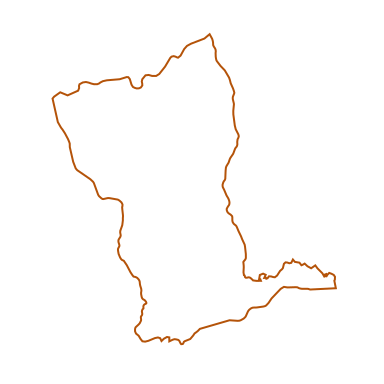 outline of Surin, rotated 159°
{"feature_id": "THA-443", "entity_name": "Surin", "entity_type": "Province", "adm_level": 1, "iso_a3": "THA", "parent_name": "Thailand", "parent_adm1": "", "projection": "natural_earth1", "projection_center": [103.631, 14.911], "detail": "fine", "context": "isolated", "style": "outline", "palette": "amber", "viewbox_px": 384, "rotation_deg": 159, "n_neighbors": 0, "source": "natural_earth", "source_scale": "10m", "svg_char_len": 4806}
<svg xmlns="http://www.w3.org/2000/svg" viewBox="0 0 384 384"><g transform="rotate(159 192 192)"><path d="M235.5,327.4L231.5,326.8L219.1,323.2L211.8,322.7L210.3,322.0L209.6,319.7L210.0,313.9L209.5,311.3L208.2,309.8L206.5,308.5L204.4,307.8L202.3,307.9L200.2,309.3L199.6,311.1L199.3,313.1L198.0,315.1L193.6,317.6L190.5,316.8L187.7,314.7L183.9,313.2L180.3,313.9L172.2,318.7L164.2,325.0L162.6,325.7L160.4,325.4L158.8,324.2L157.7,323.0L156.9,322.4L153.8,323.4L148.0,328.3L144.3,330.2L139.7,330.8L125.4,330.8L119.0,333.0L118.3,327.8L118.4,326.1L118.7,324.3L119.6,321.5L119.5,320.0L119.0,317.7L119.0,316.3L119.4,314.8L120.2,313.2L121.4,309.7L121.8,307.8L122.0,306.3L121.9,305.3L120.2,299.5L117.8,293.8L116.4,285.5L116.5,282.9L116.9,279.6L116.6,273.9L116.7,271.3L116.9,269.6L117.3,268.9L119.3,266.7L119.8,266.1L120.2,265.3L120.6,264.2L121.2,259.7L121.5,258.7L124.4,252.9L125.6,249.6L128.2,238.8L128.7,234.9L128.1,229.4L128.2,228.0L128.5,227.0L129.5,225.8L130.6,224.8L131.8,222.6L132.6,220.2L133.3,219.1L134.0,218.4L135.4,217.6L136.0,217.2L136.5,216.7L139.5,213.3L140.0,212.8L143.8,210.2L144.9,209.2L147.3,206.3L150.3,204.0L151.3,203.0L151.6,202.6L153.0,199.8L156.2,192.4L157.0,191.5L157.6,191.1L158.6,190.5L159.5,189.6L160.8,187.9L161.3,186.6L161.5,185.4L161.2,182.6L161.0,176.4L160.4,173.0L160.4,170.7L160.6,169.5L160.9,168.4L161.3,167.7L161.7,167.0L162.2,166.5L163.6,165.6L165.5,164.0L166.0,162.9L166.1,161.9L166.1,160.9L165.9,160.1L165.6,159.3L164.8,158.0L164.2,157.3L163.8,156.5L163.2,155.0L163.5,153.7L164.2,151.9L164.6,150.7L164.8,149.5L164.7,148.6L164.5,147.7L164.2,146.9L163.4,145.6L163.0,144.9L162.8,144.1L162.7,143.1L162.6,139.0L162.1,133.0L162.1,129.9L161.7,124.0L162.1,121.9L164.0,114.7L165.4,111.0L166.4,109.9L168.4,108.8L169.2,108.2L169.3,107.7L170.1,104.8L170.7,103.1L172.7,98.6L173.3,95.8L172.9,95.5L172.8,94.6L173.0,93.7L172.6,92.8L171.5,92.3L170.5,92.2L169.5,92.0L168.3,91.0L166.8,88.0L166.7,87.6L163.6,85.9L159.5,84.4L159.5,85.9L161.0,85.9L158.4,90.2L154.9,90.3L152.9,88.3L155.3,85.9L154.6,85.7L154.0,85.7L153.7,85.5L153.7,84.4L152.4,84.4L150.4,85.7L148.5,84.9L146.7,83.5L145.2,82.7L142.5,83.5L138.0,86.8L135.7,87.6L134.4,88.4L131.9,92.0L129.9,92.8L128.3,92.0L126.7,90.6L124.7,90.3L122.0,92.8L121.0,89.9L117.0,87.5L116.1,84.4L114.8,84.4L112.5,84.8L110.8,81.3L108.1,78.1L103.2,79.3L102.2,75.7L99.4,69.4L98.8,65.6L97.4,65.6L97.4,67.3L96.0,67.3L96.0,65.6L95.2,66.2L92.9,67.3L91.0,65.6L89.4,63.8L88.9,61.6L90.1,58.9L90.9,58.2L92.2,50.6L116.6,58.6L117.3,59.1L117.9,59.7L119.0,60.3L124.2,62.3L125.7,63.2L126.7,64.0L127.2,64.6L127.7,65.2L129.1,65.9L137.1,68.7L140.2,70.5L143.9,69.8L155.9,64.1L160.3,61.0L163.0,59.7L163.8,59.4L164.8,59.3L166.5,59.5L173.0,61.0L176.4,62.2L177.4,62.3L178.7,62.2L180.7,61.6L181.8,61.0L182.6,60.4L186.3,56.7L187.0,56.2L188.4,55.6L189.1,55.3L192.6,54.8L194.0,54.9L195.6,55.4L202.9,58.8L233.7,61.4L236.5,60.1L239.5,59.2L240.2,59.1L242.3,57.6L246.3,55.4L252.3,55.3L253.3,55.0L254.1,54.1L255.1,53.4L256.6,53.8L256.9,54.6L257.2,57.7L257.9,58.9L259.8,60.2L261.2,60.9L263.1,61.0L266.7,60.7L265.3,64.4L267.3,65.6L270.8,65.1L273.9,63.8L274.1,66.9L275.9,68.4L278.9,68.9L286.1,68.7L289.4,69.1L291.8,70.4L292.7,73.3L293.3,76.9L295.0,79.9L295.1,82.3L294.4,84.2L293.8,85.2L293.1,85.9L292.4,86.2L289.4,87.4L288.0,88.1L287.5,88.5L285.8,90.1L285.4,90.7L285.1,91.6L284.9,92.6L284.5,93.7L283.9,94.3L283.2,94.7L282.5,95.3L282.0,96.4L281.6,98.4L281.0,99.4L280.2,100.2L279.2,100.6L279.0,100.8L278.9,101.1L278.5,102.4L278.1,103.1L277.6,103.6L276.9,104.0L276.2,104.2L275.3,104.2L274.6,104.4L274.3,105.0L274.3,106.1L274.9,107.9L275.6,108.8L276.2,109.5L276.6,110.6L276.6,112.0L276.1,114.9L275.6,116.3L275.0,117.3L274.5,118.3L274.1,119.9L273.9,123.1L273.6,124.8L273.0,126.9L272.9,128.0L273.1,129.4L273.9,131.4L274.7,132.4L275.5,133.1L276.9,134.0L277.5,136.0L278.2,139.2L279.1,147.0L280.3,152.2L281.8,153.8L282.3,155.0L282.6,156.8L282.7,160.5L282.1,163.6L281.6,165.2L280.9,166.0L280.3,166.5L279.3,167.4L279.0,167.9L278.8,168.6L278.6,171.5L278.3,172.6L277.9,173.4L277.4,174.0L275.0,175.8L274.5,176.4L274.1,177.1L273.9,178.0L273.6,179.8L272.9,181.4L269.0,186.0L266.7,190.3L265.8,192.7L265.4,193.4L264.8,195.0L263.2,201.1L262.6,203.0L262.1,203.6L261.4,205.1L261.4,206.2L261.6,207.6L262.6,209.6L263.3,210.7L264.0,211.5L271.3,215.9L272.8,216.5L274.6,216.8L275.5,216.9L277.3,217.2L278.0,217.5L278.5,218.1L278.9,218.7L280.3,221.5L280.6,223.1L280.4,235.5L280.7,237.0L282.3,240.3L291.2,253.3L291.5,253.9L292.1,255.7L292.1,262.8L290.0,277.7L288.8,281.0L288.7,282.9L288.8,285.9L289.6,292.4L290.6,297.1L290.9,297.8L291.3,299.5L292.2,305.3L288.7,329.2L288.5,329.3L286.6,330.4L279.3,332.3L273.5,326.8L262.0,327.4L260.1,329.5L259.5,331.5L258.4,332.9L254.7,333.4L251.6,332.7L249.2,331.1L247.1,329.3L244.8,327.7L241.8,326.6L240.0,326.6L238.2,327.1L235.5,327.4Z" fill="none" stroke="#b45309" stroke-width="2"/></g></svg>